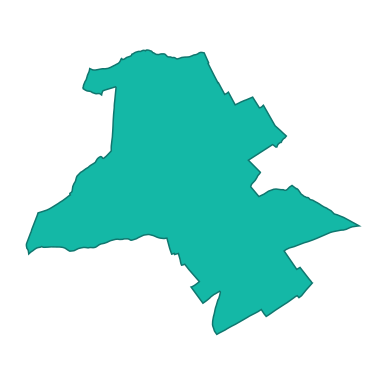 Feresti, Vaslui, Romania, rotated 89°
{"feature_id": "2599482B73897290274237", "entity_name": "Feresti", "entity_type": "district", "adm_level": 2, "iso_a3": "ROU", "parent_name": "Romania", "parent_adm1": "Vaslui", "projection": "orthographic", "projection_center": [27.708, 46.79], "detail": "fine", "context": "isolated", "style": "filled", "palette": "teal", "viewbox_px": 384, "rotation_deg": 89, "n_neighbors": 0, "source": "geoboundaries", "source_scale": "gbopen_adm2", "svg_char_len": 5940}
<svg xmlns="http://www.w3.org/2000/svg" viewBox="0 0 384 384"><g transform="rotate(89 192 192)"><path d="M317.7,120.0L316.9,118.6L314.9,115.5L311.5,110.5L306.3,102.2L304.1,98.6L301.0,94.1L299.1,91.4L298.3,90.3L297.5,88.6L298.3,87.9L299.5,86.9L297.6,84.3L292.2,79.8L289.8,77.6L288.4,76.3L285.1,73.3L285.0,73.5L283.1,74.8L280.5,76.9L276.2,80.1L269.3,85.3L271.2,88.6L252.6,100.9L251.3,99.2L249.6,95.6L248.4,90.9L246.2,84.9L244.7,80.7L243.7,77.0L242.0,72.0L240.6,68.3L234.8,54.2L234.2,51.9L233.8,49.8L233.2,46.3L232.8,44.0L232.7,42.9L232.7,41.5L232.0,38.5L230.3,34.6L229.6,32.4L228.9,27.0L228.8,25.5L220.3,40.4L217.3,47.3L216.5,50.1L213.1,53.4L212.5,54.5L211.3,56.5L210.5,57.6L209.3,60.2L208.0,62.3L206.1,65.0L204.7,67.3L204.2,68.3L202.4,71.3L202.1,72.2L201.8,73.5L201.5,74.2L200.8,74.7L200.3,75.2L199.7,75.9L199.6,76.2L199.5,77.0L199.5,77.7L199.0,78.4L198.1,80.3L197.0,81.5L196.4,82.4L196.0,82.9L192.5,85.2L191.4,86.0L190.4,87.2L190.6,87.8L190.2,88.1L187.2,91.9L188.8,94.4L191.1,96.7L191.8,97.8L192.0,99.0L191.3,100.7L191.2,103.2L190.5,107.9L190.7,110.3L192.5,115.5L195.4,120.1L197.7,125.2L187.8,133.2L187.0,133.0L185.7,132.5L184.6,131.7L182.9,130.0L181.4,128.6L179.9,127.6L178.2,126.6L176.8,125.9L174.6,123.9L173.5,123.3L161.2,135.1L146.0,110.6L146.7,109.5L148.5,107.4L148.5,106.4L146.1,105.4L144.7,103.9L144.5,103.5L144.0,102.8L144.0,102.1L143.6,101.7L142.6,101.4L141.7,100.7L141.0,100.2L140.0,99.1L139.7,98.4L137.7,96.7L134.0,100.6L132.5,102.1L127.2,107.8L106.5,119.1L106.9,119.6L107.7,120.3L108.4,121.2L108.9,122.5L109.0,123.2L108.6,123.4L98.2,129.7L100.8,136.1L101.4,137.9L102.9,141.6L103.9,143.6L105.6,147.3L92.8,153.9L93.9,155.3L95.0,157.6L83.2,163.7L83.4,164.1L76.0,167.8L63.8,173.7L63.2,173.1L53.1,177.4L52.6,179.8L52.6,181.1L52.8,181.7L53.2,182.7L53.9,183.7L54.3,184.5L54.7,185.6L54.9,186.7L55.0,187.6L55.3,188.4L55.8,189.5L56.4,191.2L56.7,191.9L56.9,193.2L57.0,195.5L57.0,196.7L57.3,199.9L58.1,202.1L58.4,203.2L58.7,204.3L58.6,204.9L58.3,205.6L57.7,206.4L57.3,207.2L57.2,208.2L57.3,209.1L57.2,209.6L57.0,210.2L56.8,210.6L56.5,211.7L56.7,212.4L56.6,213.1L56.1,214.3L55.4,215.0L54.1,216.2L53.8,216.6L53.5,217.3L53.4,217.9L53.4,219.2L53.4,220.3L53.5,221.1L53.9,222.5L54.0,223.3L53.9,224.2L53.8,225.1L53.6,225.9L52.9,226.8L52.1,228.1L52.0,228.7L51.8,229.1L51.3,229.3L50.9,229.6L50.4,230.2L50.2,231.0L49.5,232.7L49.2,234.6L49.4,234.7L49.5,235.0L49.6,235.4L49.6,235.8L50.0,236.0L49.9,236.4L49.6,237.1L49.5,238.1L49.7,239.0L50.5,240.8L50.6,241.3L50.5,242.0L50.5,243.1L50.7,243.9L50.9,244.5L51.2,245.6L51.5,246.4L52.1,247.5L52.7,248.3L53.1,249.5L53.3,249.8L53.6,249.8L54.1,250.0L54.8,250.6L55.4,252.0L56.3,254.9L57.1,256.2L57.8,257.1L58.2,258.2L58.3,259.4L57.9,259.6L57.3,260.0L57.6,260.4L58.0,260.7L59.7,261.4L60.9,262.2L62.0,263.3L65.9,271.1L66.9,273.7L67.3,276.8L67.2,279.2L67.5,281.4L68.0,284.2L68.4,286.8L68.2,289.1L66.8,292.1L67.9,292.3L69.6,292.7L73.3,294.4L75.9,295.2L77.8,295.8L79.5,296.9L80.7,297.5L81.3,297.6L81.7,297.9L83.4,298.6L84.8,298.8L85.8,299.2L86.3,299.1L86.5,298.8L86.9,298.9L88.3,296.8L89.1,295.1L89.3,294.0L89.4,293.1L89.6,292.3L89.8,291.5L90.0,291.0L90.8,290.0L91.5,288.1L91.8,287.3L92.0,286.6L92.1,286.1L91.9,283.9L92.0,282.8L92.5,281.7L93.0,281.3L93.4,280.7L91.9,280.4L90.2,279.8L89.2,279.1L88.4,276.8L85.5,266.6L86.3,266.1L91.2,266.7L99.1,267.6L102.0,268.0L104.1,268.2L106.6,268.3L112.8,269.0L119.1,269.5L127.4,270.0L135.9,270.7L137.8,271.0L144.5,271.9L146.4,272.0L149.2,272.0L149.7,272.2L151.4,273.8L154.8,277.2L156.1,278.9L156.6,279.5L156.8,280.1L156.7,280.7L155.5,281.6L155.1,282.2L155.0,282.7L155.5,283.9L156.5,285.3L157.3,286.1L158.8,287.1L160.7,288.2L161.5,289.4L163.7,293.1L164.7,294.4L165.5,295.2L166.9,297.7L169.6,301.5L170.4,303.0L173.6,306.2L174.3,306.8L175.8,307.4L177.6,307.9L179.0,308.3L179.8,308.7L181.7,309.9L184.4,311.1L188.7,311.8L189.6,312.1L190.4,312.9L191.2,314.1L191.9,314.2L192.8,313.7L193.8,315.3L195.5,317.5L198.3,321.4L200.4,324.9L200.9,325.5L201.9,327.2L205.0,332.4L206.5,335.1L207.6,337.6L209.0,342.1L210.2,346.3L212.3,347.0L226.8,352.9L229.2,353.6L229.9,354.0L240.7,358.3L241.6,358.5L243.0,358.5L245.3,358.1L246.6,357.2L247.8,356.7L251.1,356.3L250.1,355.2L249.1,354.0L247.8,352.0L246.8,350.7L245.7,349.0L245.3,348.2L244.9,346.9L244.6,344.9L244.1,343.4L243.9,343.2L244.6,341.9L244.7,340.7L244.6,337.0L244.4,333.7L244.6,328.2L244.7,325.2L244.9,323.5L245.2,321.9L245.8,320.2L246.4,319.2L246.7,318.8L248.1,316.8L249.0,315.3L249.0,314.8L248.7,311.7L248.6,310.9L247.6,308.8L246.6,306.7L246.3,305.6L245.9,303.7L245.5,301.1L245.6,300.0L245.7,298.8L245.9,297.9L246.0,297.1L246.0,296.5L245.8,295.5L245.7,294.5L245.9,292.4L245.9,291.4L245.8,290.6L245.7,290.1L245.5,289.5L245.1,288.6L243.4,286.2L242.8,285.0L242.4,284.1L242.1,282.6L241.8,280.9L241.5,279.9L240.8,277.8L239.5,275.0L239.1,273.8L238.4,271.0L238.0,269.3L237.9,268.3L237.9,267.0L238.2,265.1L238.1,262.1L237.8,261.2L237.7,260.8L237.7,257.3L237.9,256.2L239.1,254.1L239.1,253.5L239.1,253.0L237.8,248.5L236.6,246.3L234.3,241.1L234.0,239.1L233.7,236.5L233.8,235.4L234.2,233.9L234.9,231.4L235.7,229.6L236.6,227.7L237.1,226.2L237.5,224.8L238.0,221.3L238.0,220.3L237.8,219.1L237.7,217.9L248.0,215.3L251.5,214.2L253.8,213.4L253.1,210.8L254.2,210.4L253.7,208.7L253.2,206.7L260.0,204.9L260.5,204.9L263.0,204.4L263.5,204.3L265.0,203.7L264.8,202.7L264.4,201.3L264.1,200.5L269.7,196.3L281.7,186.2L283.8,188.8L285.1,190.7L285.8,191.8L286.8,193.8L287.0,194.6L303.4,183.0L301.0,179.5L298.5,176.3L297.0,174.8L295.6,172.8L295.1,172.3L294.6,171.3L294.3,170.7L291.7,166.1L292.1,165.6L292.5,165.4L292.8,165.4L293.7,165.6L296.1,166.2L298.1,166.8L299.5,167.4L300.4,168.0L306.2,169.8L307.8,170.4L309.7,170.9L313.8,171.8L316.9,172.7L319.4,173.2L321.7,173.6L324.8,173.8L326.2,173.6L328.3,172.9L331.3,172.0L332.6,171.2L334.8,169.7L333.5,167.3L330.5,161.2L329.5,159.6L328.0,156.9L326.7,154.4L324.9,150.7L318.2,138.6L317.1,136.8L314.1,130.7L312.6,127.8L310.7,124.8L315.6,121.7L317.1,120.4L317.7,120.0Z" fill="#14b8a6" stroke="#0f766e" stroke-width="1.5"/></g></svg>